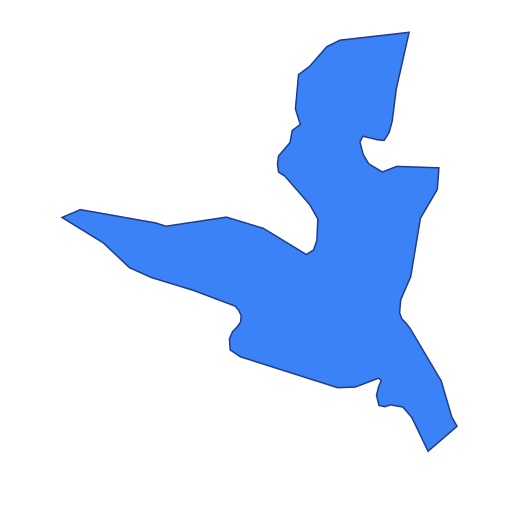 the Municipality of Kranj, rotated 355°
{"feature_id": "SVN-1013", "entity_name": "Kranj", "entity_type": "Municipality", "adm_level": 1, "iso_a3": "SVN", "parent_name": "Slovenia", "parent_adm1": "", "projection": "mercator", "projection_center": [14.335, 46.256], "detail": "fine", "context": "isolated", "style": "filled", "palette": "blue", "viewbox_px": 512, "rotation_deg": 355, "n_neighbors": 0, "source": "natural_earth", "source_scale": "10m", "svg_char_len": 1040}
<svg xmlns="http://www.w3.org/2000/svg" viewBox="0 0 512 512"><g transform="rotate(355 256 256)"><path d="M429.7,396.8L437.0,433.4L441.4,443.2L410.4,465.5L397.2,430.5L389.2,419.3L377.0,416.0L371.4,417.4L365.5,415.6L363.9,405.2L366.7,397.0L370.0,390.8L367.4,388.4L343.4,395.2L325.8,394.3L231.7,355.1L222.1,347.3L222.3,336.2L226.1,329.2L231.3,324.8L235.0,320.3L236.0,313.8L233.9,308.4L231.0,304.2L190.4,284.7L150.0,268.4L129.0,256.7L105.1,229.7L66.1,200.7L85.1,194.5L159.2,214.4L168.8,218.5L229.9,214.7L265.9,229.2L306.2,258.9L313.8,255.1L318.0,245.8L320.8,224.5L314.0,209.5L291.7,178.9L285.8,174.4L285.4,166.2L287.2,158.3L299.9,145.8L303.0,134.1L311.6,128.8L308.1,112.9L314.2,79.0L326.1,71.6L344.8,53.6L358.5,48.3L428.0,46.5L410.2,102.2L403.5,133.3L399.5,144.3L393.7,152.0L387.6,150.9L372.8,146.0L369.5,151.5L371.6,164.1L376.3,174.0L389.2,183.3L404.0,179.0L445.9,184.1L442.4,205.5L423.1,232.7L408.3,290.1L396.3,312.3L394.1,325.1L395.8,331.3L399.8,336.3L403.1,341.4L429.7,396.8Z" fill="#3b82f6" stroke="#1e3a8a" stroke-width="1.5"/></g></svg>